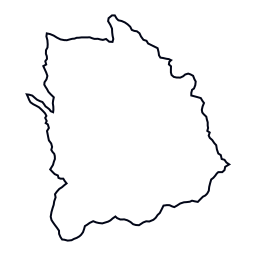 Apiúna, Santa Catarina, Brazil
{"feature_id": "56859067B74318633317115", "entity_name": "Apiúna", "entity_type": "district", "adm_level": 2, "iso_a3": "BRA", "parent_name": "Brazil", "parent_adm1": "Santa Catarina", "projection": "mercator", "projection_center": [-49.375, -27.12], "detail": "fine", "context": "isolated", "style": "outline", "palette": "ink", "viewbox_px": 256, "rotation_deg": 0, "n_neighbors": 0, "source": "geoboundaries", "source_scale": "gbopen_adm2", "svg_char_len": 3069}
<svg xmlns="http://www.w3.org/2000/svg" viewBox="0 0 256 256"><path d="M157.6,48.2L148.1,43.5L146.5,40.8L143.4,39.8L141.0,36.5L139.5,33.3L136.9,31.3L134.3,30.9L131.8,29.9L130.2,26.7L127.6,24.3L124.8,22.4L121.6,21.0L118.4,20.3L116.7,18.6L114.8,15.4L112.0,15.4L108.6,18.2L108.1,21.2L110.3,24.8L112.0,28.6L112.2,32.6L112.6,35.8L113.3,39.0L112.5,41.9L109.2,41.7L106.1,39.0L102.9,39.9L100.6,39.5L97.9,38.8L94.4,38.9L92.1,38.2L89.8,37.3L87.1,37.4L84.2,37.4L81.6,37.4L79.1,37.7L76.6,37.8L74.6,38.6L72.2,38.8L69.8,39.4L66.9,40.2L64.2,40.1L60.5,39.4L56.9,37.6L53.7,35.6L50.1,34.1L46.8,33.4L46.4,36.4L47.4,40.2L47.7,44.3L47.5,47.5L46.0,50.2L45.9,53.8L46.8,56.2L47.0,58.9L45.3,61.2L46.2,64.5L43.3,66.1L44.7,69.2L46.2,72.5L47.4,75.9L46.5,79.3L44.5,82.3L44.3,84.7L45.5,86.8L47.0,89.1L48.4,91.8L50.7,94.3L53.8,97.3L53.1,100.7L52.8,103.2L53.3,106.5L53.4,109.8L53.1,112.2L50.7,111.2L49.4,109.3L47.5,107.8L45.5,106.4L44.0,104.1L42.4,102.0L39.9,101.1L37.0,99.7L34.9,97.9L32.3,95.6L29.2,94.7L26.8,94.4L28.0,97.0L29.1,99.8L30.5,102.3L33.2,104.2L36.3,105.8L39.0,107.3L41.4,109.5L43.5,111.6L45.1,113.4L46.4,115.9L45.2,117.9L46.7,121.0L45.7,123.1L47.8,124.4L48.9,128.0L47.0,131.0L47.6,134.0L48.2,137.1L48.9,140.4L51.2,143.5L52.1,146.9L51.3,149.9L52.6,152.0L54.2,153.8L54.8,156.0L54.9,159.0L53.9,161.6L53.0,164.9L50.2,169.4L52.0,171.4L54.7,174.1L57.9,175.5L58.5,177.9L60.7,178.7L63.3,178.7L64.7,181.0L66.6,183.4L64.5,185.0L62.0,187.2L59.3,188.9L56.9,191.6L55.0,194.2L55.6,197.4L54.2,201.4L53.7,204.8L52.6,208.1L51.5,212.0L50.7,216.7L51.5,220.0L52.9,222.2L54.8,224.9L57.0,227.8L59.0,230.7L59.1,233.9L60.5,237.1L62.1,239.5L64.2,239.7L67.7,240.6L71.6,240.2L74.0,238.9L76.7,237.9L79.3,236.4L81.1,234.8L83.0,232.2L84.1,229.0L84.9,226.1L87.2,224.7L89.7,222.9L93.2,221.2L96.2,222.4L98.8,223.0L102.3,223.4L105.6,222.4L108.2,221.6L110.4,220.4L112.7,218.4L115.4,216.5L117.1,218.1L120.3,219.5L124.3,219.4L127.4,220.3L130.5,222.0L133.1,224.2L135.8,225.0L139.0,225.2L143.3,222.4L146.2,221.3L149.3,221.5L153.4,219.8L155.7,217.8L157.7,214.9L159.8,213.0L162.0,208.7L163.5,205.6L167.0,205.1L169.6,205.2L172.1,206.4L174.3,207.1L176.8,205.7L180.2,203.5L183.9,202.3L186.6,202.1L189.9,201.7L192.0,200.7L194.6,201.3L197.8,201.9L200.6,199.0L202.9,196.7L205.3,195.5L207.2,193.6L208.8,190.7L209.2,186.9L210.2,182.9L211.2,179.5L213.4,177.8L215.3,175.6L216.7,173.6L218.3,172.1L222.3,172.1L224.5,170.1L225.2,166.8L229.2,164.4L226.4,162.5L224.5,159.8L221.7,159.0L220.8,155.1L218.3,153.5L216.9,149.4L216.2,145.2L214.3,143.1L212.2,140.0L209.8,137.9L208.7,135.6L209.7,132.5L207.3,130.9L208.1,128.0L207.7,125.7L207.7,122.3L206.9,119.6L206.3,116.7L203.7,114.2L202.3,112.5L201.8,109.9L202.6,106.4L204.0,103.0L202.4,100.8L200.8,98.1L197.4,97.1L194.0,96.2L191.3,95.5L191.3,92.8L192.1,89.8L194.0,88.5L195.3,85.1L195.7,81.5L194.5,79.4L193.1,75.8L190.5,74.4L188.2,73.6L185.2,74.5L183.1,76.3L180.3,77.6L176.4,77.5L173.8,76.9L171.6,75.0L170.9,72.4L170.9,69.6L171.0,66.3L168.9,64.4L169.3,61.8L171.1,60.2L168.8,59.1L166.5,58.8L163.0,58.0L160.4,57.6L159.0,55.3L158.6,52.3L157.6,48.2Z" fill="none" stroke="#020617" stroke-width="2"/></svg>